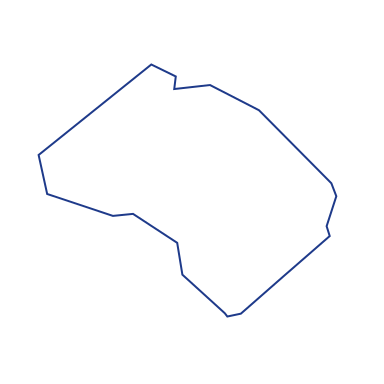 outline of Taylor, West Virginia, United States of America, rotated 231°
{"feature_id": "52423323B92810723022210", "entity_name": "Taylor", "entity_type": "district", "adm_level": 2, "iso_a3": "USA", "parent_name": "United States of America", "parent_adm1": "West Virginia", "projection": "equal_earth", "projection_center": [-80.076, 39.345], "detail": "fine", "context": "isolated", "style": "outline", "palette": "blue", "viewbox_px": 384, "rotation_deg": 231, "n_neighbors": 0, "source": "geoboundaries", "source_scale": "gbopen_adm2", "svg_char_len": 396}
<svg xmlns="http://www.w3.org/2000/svg" viewBox="0 0 384 384"><g transform="rotate(231 192 192)"><path d="M73.0,141.1L66.7,153.4L68.9,209.8L71.1,271.3L80.7,275.1L97.9,301.5L111.1,305.8L213.4,295.5L263.8,273.3L283.2,243.0L292.0,252.1L316.7,240.6L317.3,96.1L281.6,78.2L223.2,115.5L212.1,132.4L161.8,148.5L133.8,132.5L77.1,141.2L73.0,141.1Z" fill="none" stroke="#1e3a8a" stroke-width="2"/></g></svg>